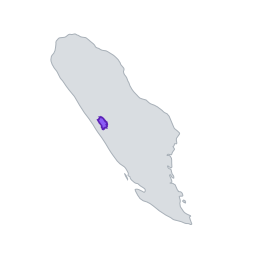 Marolambo, Atsinanana, Madagascar (highlighted), rotated 132°
{"feature_id": "10022922B10629043557873", "entity_name": "Marolambo", "entity_type": "district", "adm_level": 2, "iso_a3": "MDG", "parent_name": "Madagascar", "parent_adm1": "Atsinanana", "projection": "equal_earth", "projection_center": [47.828, -20.084], "detail": "fine", "context": "in_parent", "style": "filled", "palette": "violet", "viewbox_px": 256, "rotation_deg": 132, "n_neighbors": 0, "source": "geoboundaries", "source_scale": "gbopen_adm2", "svg_char_len": 5610}
<svg xmlns="http://www.w3.org/2000/svg" viewBox="0 0 256 256"><g transform="rotate(132 128 128)"><path d="M160.8,22.3L161.4,24.1L162.0,25.8L164.1,29.9L165.0,31.5L165.7,33.1L166.1,36.5L167.4,41.6L168.6,49.4L169.0,57.3L169.4,61.0L170.3,64.4L171.9,68.0L172.4,71.9L171.4,76.0L170.0,79.8L169.6,80.6L169.0,81.5L168.7,81.5L167.5,80.5L166.6,78.9L165.5,75.1L165.1,73.1L164.6,72.8L163.2,73.0L162.2,74.2L162.0,75.0L162.2,77.1L162.6,79.0L162.8,81.0L162.8,83.5L163.2,84.2L163.7,84.9L164.2,86.5L164.3,90.3L164.0,92.3L163.0,93.9L163.1,94.9L163.4,95.8L163.1,96.4L161.8,97.1L161.3,97.7L160.6,99.4L159.5,102.9L159.3,104.7L160.0,110.0L159.8,113.8L158.3,121.1L157.5,124.5L156.3,128.7L154.6,134.1L152.8,140.9L151.3,147.9L150.2,152.0L148.9,156.2L147.2,163.5L145.8,170.8L143.6,178.9L140.7,188.0L140.4,189.1L139.7,193.7L139.1,197.7L138.3,201.7L136.7,208.2L136.5,210.2L136.1,212.1L134.5,216.2L133.9,217.7L133.4,219.3L133.1,221.3L132.7,223.3L131.5,226.9L129.8,230.0L128.6,231.2L126.1,232.8L124.8,233.1L122.0,233.2L119.2,234.1L116.4,235.9L113.6,237.9L112.6,238.9L111.4,239.5L107.8,239.6L106.7,239.1L103.0,235.8L101.6,235.2L98.9,234.8L98.1,234.5L97.3,234.0L96.2,232.3L94.1,230.8L93.5,230.3L93.2,229.3L93.0,228.2L92.4,226.9L92.0,224.5L91.2,222.9L89.2,220.0L89.0,219.0L88.8,215.9L88.8,213.8L88.6,210.0L88.8,208.1L89.5,206.5L89.2,204.7L88.4,202.9L88.1,200.9L87.5,199.2L85.4,196.0L84.9,194.4L84.6,192.8L83.7,187.8L83.6,186.0L83.7,182.3L83.9,180.4L84.4,179.1L84.6,178.1L84.9,177.2L85.4,176.5L85.7,175.7L86.4,171.0L87.4,169.9L88.9,169.3L90.0,168.0L90.7,166.4L91.4,162.9L93.2,159.4L93.8,157.6L95.3,154.9L96.6,151.0L97.0,149.2L97.3,147.3L97.6,143.2L97.8,141.2L97.8,139.2L97.0,137.1L95.1,133.3L95.1,132.6L95.2,129.8L95.0,127.8L94.3,125.8L93.5,123.9L92.6,120.3L92.1,114.4L92.2,112.3L91.9,110.4L91.3,108.6L91.7,105.4L97.1,93.9L97.3,92.6L97.1,89.1L97.2,87.0L97.3,86.3L97.8,85.8L98.7,85.6L103.1,85.1L103.7,84.8L104.8,83.8L106.3,81.9L107.0,81.4L107.6,81.6L108.0,82.4L108.5,82.8L110.3,82.0L111.0,81.9L111.7,82.1L112.0,81.3L112.2,80.2L112.5,79.5L112.9,79.1L115.2,78.9L116.7,78.6L118.6,77.8L119.0,78.0L120.6,80.6L121.0,80.8L121.6,80.9L122.2,80.5L120.9,79.1L120.7,78.3L120.8,77.4L121.4,75.5L122.6,74.1L125.0,71.9L127.6,69.3L128.4,69.1L129.0,69.5L129.5,72.5L129.4,73.0L129.8,73.1L130.3,72.7L130.7,71.5L130.8,70.5L130.4,69.6L130.2,68.7L130.2,68.0L131.5,66.2L132.6,64.5L133.0,62.5L133.4,61.6L134.5,60.5L134.9,60.7L135.1,61.5L135.2,62.4L135.0,63.3L134.6,64.2L134.4,65.4L135.0,65.6L135.6,65.3L136.4,63.2L137.4,61.2L138.0,60.1L138.7,59.4L139.9,59.5L141.1,60.0L139.2,57.8L138.7,54.9L141.0,49.8L141.0,48.8L141.3,48.5L141.5,48.0L140.3,46.3L140.1,45.5L140.2,44.2L140.8,43.0L141.3,42.2L142.0,41.9L142.6,42.4L143.9,43.8L144.7,44.0L145.7,42.6L146.6,41.0L147.9,39.8L149.3,39.1L151.5,36.4L152.9,30.8L153.0,29.2L152.7,27.2L152.2,25.3L151.4,23.0L151.6,22.5L152.8,22.8L153.2,22.5L154.5,20.4L156.6,16.4L157.4,16.4L158.0,17.2L158.2,18.2L158.6,19.1L160.1,20.9L160.8,22.3ZM145.8,38.0L145.8,38.6L144.2,38.4L143.9,36.3L144.7,36.2L144.9,35.3L145.4,35.2L145.9,37.1L145.8,38.0ZM165.5,97.3L164.1,100.3L164.5,97.8L166.1,94.1L166.6,93.8L165.5,97.3Z" fill="#d9dde1" stroke="#a8b0b8" stroke-width="1"/><path d="M137.9,149.6L138.0,149.8L138.0,150.0L137.9,150.2L138.0,150.3L138.0,150.5L137.9,150.5L138.0,150.7L137.9,150.8L137.8,151.1L137.8,151.3L137.7,151.3L137.6,151.5L137.6,151.8L137.7,152.1L137.6,152.3L137.5,152.5L137.4,152.5L137.4,152.8L137.5,152.9L137.5,153.0L137.4,153.2L137.4,153.4L137.4,153.5L137.5,153.5L137.6,153.8L137.7,154.0L137.5,154.5L137.5,154.8L137.8,154.9L137.7,155.1L137.8,155.3L138.0,155.3L138.3,155.4L138.3,155.5L138.2,155.7L138.3,155.7L138.4,155.9L138.5,155.8L138.6,156.0L138.8,156.2L138.8,156.3L138.8,156.2L138.9,156.3L138.9,156.2L139.0,156.2L139.3,156.1L139.5,156.0L139.6,155.9L139.8,155.8L139.9,155.7L140.0,155.7L140.3,155.8L140.5,155.8L140.8,155.8L140.8,155.7L141.0,155.5L141.1,155.3L141.3,155.3L141.5,155.4L141.6,155.5L141.8,155.5L142.0,155.6L142.0,155.8L142.1,156.0L142.3,156.1L142.4,155.8L142.4,155.7L142.4,155.3L142.5,155.2L142.4,155.1L142.5,155.0L142.6,154.8L142.6,154.7L142.8,154.4L142.8,154.1L142.9,153.9L142.9,153.7L143.0,153.7L143.1,153.4L143.2,153.2L143.3,153.1L143.2,153.0L143.2,152.9L143.1,152.7L143.3,152.5L143.3,152.4L143.4,152.2L143.5,151.9L143.5,151.7L143.4,151.5L143.5,151.4L143.6,151.1L143.6,150.9L143.7,150.7L143.7,150.4L143.7,150.2L143.7,149.9L143.7,149.7L143.8,149.6L143.9,149.4L143.9,149.2L144.0,149.0L144.0,148.9L144.2,148.7L144.3,148.7L144.4,148.4L144.7,148.3L144.8,148.3L145.0,148.4L145.2,148.2L145.2,147.9L145.3,147.3L145.3,147.2L145.2,146.9L145.3,146.7L145.4,146.8L145.5,146.8L145.7,146.7L145.8,146.4L146.0,146.2L146.0,145.9L145.9,145.8L145.8,146.0L145.7,146.1L145.6,145.9L145.6,145.7L145.4,145.8L145.2,145.8L145.2,145.7L145.0,145.4L144.9,145.5L144.9,145.4L144.8,145.2L144.7,145.2L144.4,145.0L144.2,145.1L144.2,145.3L143.9,145.4L143.7,145.5L143.4,145.5L143.4,145.4L143.2,145.2L142.9,144.9L142.7,145.0L142.6,144.9L142.6,144.6L142.2,143.9L142.0,144.2L142.0,144.3L141.9,144.6L141.9,144.8L141.7,144.8L141.4,144.7L141.0,144.7L140.9,144.6L140.7,144.6L140.6,144.8L140.5,145.1L140.4,145.3L140.2,145.2L139.9,145.0L139.8,144.8L139.8,145.1L139.8,145.3L139.8,145.5L140.0,145.7L140.0,145.8L140.2,146.0L140.1,146.3L140.1,146.5L139.9,146.6L139.7,146.5L139.6,146.3L139.5,146.2L139.2,146.1L139.0,145.9L138.9,146.0L138.7,146.4L138.6,146.5L138.6,146.8L138.6,147.0L138.4,147.3L138.2,147.6L137.8,147.6L137.8,147.8L138.0,148.1L138.2,148.4L138.2,148.5L138.3,148.6L138.4,148.8L138.5,148.9L138.5,149.0L138.5,149.3L138.4,149.5L138.2,149.5L138.1,149.4L138.0,149.5L137.9,149.4L137.9,149.6L137.9,149.6Z" fill="#8b5cf6" stroke="#5b21b6" stroke-width="1.5"/></g></svg>